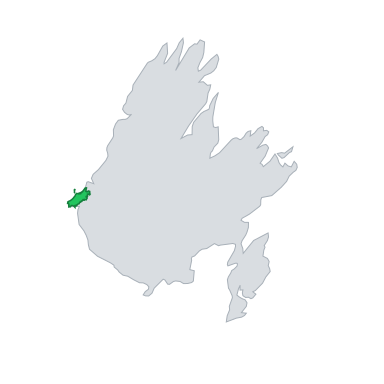 Rosslare Lea-5, Wexford, Ireland shown in context, rotated 136°
{"feature_id": "5873133B47995310482599", "entity_name": "Rosslare Lea-5", "entity_type": "district", "adm_level": 2, "iso_a3": "IRL", "parent_name": "Ireland", "parent_adm1": "Wexford", "projection": "equal_earth", "projection_center": [-6.602, 52.227], "detail": "fine", "context": "in_parent", "style": "filled", "palette": "green", "viewbox_px": 384, "rotation_deg": 136, "n_neighbors": 0, "source": "geoboundaries", "source_scale": "gbopen_adm2", "svg_char_len": 7606}
<svg xmlns="http://www.w3.org/2000/svg" viewBox="0 0 384 384"><g transform="rotate(136 192 192)"><path d="M244.5,83.9L236.4,87.9L235.2,89.4L232.9,95.6L232.6,97.4L227.5,104.3L224.7,105.7L220.4,106.8L218.0,107.9L214.9,107.3L211.1,107.4L209.2,108.7L209.2,109.6L210.4,110.7L217.5,113.9L217.0,115.2L215.0,116.7L202.2,120.4L198.4,122.7L197.1,124.2L198.4,126.6L208.5,134.1L210.2,134.9L211.7,139.3L220.7,141.1L224.4,143.8L227.6,144.5L234.5,144.2L237.2,145.3L238.8,144.5L239.7,143.1L247.5,137.7L245.1,133.8L252.9,127.0L255.1,127.1L258.7,129.2L261.7,132.0L262.7,135.9L265.5,139.3L267.4,140.5L272.3,141.2L273.5,142.6L272.6,147.6L273.3,149.3L286.0,149.1L291.1,147.0L295.4,147.3L297.6,149.6L298.6,151.9L294.8,152.8L290.9,152.3L288.9,153.8L288.8,156.8L290.2,160.5L292.8,163.2L294.9,169.3L296.7,176.0L299.4,180.1L300.0,185.1L299.6,187.6L300.1,192.1L299.0,193.6L299.9,197.8L304.6,211.4L305.5,222.0L303.2,226.0L300.2,229.8L298.2,234.3L296.7,239.2L295.8,247.0L289.1,256.2L286.3,258.5L283.0,259.9L290.2,266.4L284.3,269.3L277.9,270.2L270.8,268.6L266.4,268.8L260.8,272.1L259.5,271.5L256.9,266.2L254.9,271.7L250.8,273.4L243.8,273.1L232.1,274.5L227.6,276.1L225.7,278.5L224.3,281.3L222.4,283.0L220.4,283.9L211.3,286.0L209.5,286.8L205.3,291.4L199.8,294.0L195.2,294.8L191.2,292.2L189.5,290.6L187.7,289.8L181.5,289.9L183.4,290.7L184.7,292.6L185.2,296.2L184.5,299.7L181.4,301.5L177.7,301.9L171.9,305.5L164.3,306.5L160.1,309.9L134.7,315.7L133.3,315.7L129.8,314.3L126.0,313.6L122.2,314.1L111.6,317.3L106.5,316.6L113.2,308.7L122.0,304.7L123.0,303.6L120.1,303.0L103.4,305.8L97.5,308.2L91.7,308.9L94.5,305.3L102.1,300.3L108.6,297.0L111.4,294.1L119.4,290.8L93.9,297.6L87.2,296.8L85.7,294.9L80.5,295.8L78.7,291.2L86.5,284.2L91.0,281.3L96.4,279.6L101.5,277.3L103.5,274.5L101.1,273.6L85.8,274.3L78.5,273.7L79.0,271.5L80.4,269.0L88.1,264.7L92.2,264.1L95.8,264.5L102.2,267.0L110.8,266.2L107.3,263.5L106.8,258.0L104.1,256.1L107.7,253.6L111.7,252.0L118.5,246.8L120.9,246.0L134.2,244.7L148.5,241.9L162.7,238.1L155.5,236.0L152.1,233.2L146.4,238.9L142.3,241.0L131.0,242.2L127.4,241.6L122.4,239.8L120.8,240.5L119.3,241.8L111.7,244.6L103.8,245.3L113.1,240.2L124.9,231.5L127.6,228.8L131.3,224.0L130.2,221.9L127.9,220.7L136.5,211.0L139.5,209.2L144.9,209.0L148.8,207.4L150.6,207.4L152.1,206.8L155.7,203.9L150.4,202.1L144.9,201.1L127.8,202.1L125.6,201.9L123.5,201.0L122.1,199.7L121.2,196.4L119.9,195.7L116.1,195.7L112.3,196.7L109.6,196.6L107.1,195.2L111.3,191.8L106.0,191.0L100.5,191.7L96.1,190.6L96.0,188.5L98.1,186.4L95.4,184.4L95.0,181.9L97.8,180.7L100.9,181.1L107.3,179.2L115.4,178.3L108.5,176.5L105.8,174.9L105.7,172.5L106.3,170.5L114.4,167.0L123.0,165.4L122.4,163.2L123.1,160.7L114.5,160.0L105.9,161.7L106.9,157.0L109.0,152.7L109.5,149.9L109.2,146.9L105.1,148.2L104.8,144.0L103.1,141.1L97.2,143.1L97.4,139.2L99.2,136.6L102.3,135.4L105.4,135.9L111.1,135.9L116.6,133.9L124.5,133.4L137.1,134.0L145.7,139.6L147.9,138.6L151.5,135.1L153.1,134.7L166.1,136.2L174.2,138.3L176.4,137.6L175.3,133.7L172.5,130.9L176.1,127.3L180.4,124.9L183.3,123.7L189.8,122.2L192.7,120.7L194.7,116.1L197.8,112.3L181.3,114.3L165.7,109.7L168.2,106.5L171.5,104.7L177.3,103.3L177.8,101.6L180.7,100.3L185.5,96.6L183.9,91.8L184.8,88.4L188.3,86.1L189.4,82.9L191.0,80.5L197.9,79.6L204.6,77.4L214.9,77.1L217.6,78.0L217.0,74.1L221.8,73.6L223.7,74.3L224.5,77.1L226.7,78.9L227.4,82.0L225.9,84.4L223.4,86.2L225.6,88.1L222.1,91.5L225.9,90.0L231.3,86.7L231.0,84.0L230.1,80.6L228.7,77.5L229.4,74.1L232.4,72.0L240.3,70.9L237.1,67.1L240.0,66.7L243.2,67.5L247.8,70.5L257.6,74.7L252.7,78.5L246.8,81.1L244.5,83.9ZM104.2,158.6L103.9,160.4L100.2,158.1L98.4,155.6L88.0,154.4L92.4,151.9L94.5,152.7L101.9,152.8L103.9,153.8L104.2,158.6Z" fill="#d9dde1" stroke="#a8b0b8" stroke-width="1"/><path d="M273.4,259.9L273.1,260.1L272.7,260.2L272.4,260.2L272.2,260.4L271.7,260.4L271.5,260.6L271.6,260.8L271.4,261.0L271.5,261.2L271.5,261.3L271.6,261.6L271.6,262.1L271.4,262.2L271.1,262.2L270.9,262.3L270.4,261.9L270.4,261.7L270.1,261.5L269.8,261.8L269.7,262.0L269.5,262.3L269.4,262.4L269.2,262.5L268.9,262.8L268.9,262.7L268.6,262.7L268.4,262.5L268.4,262.3L268.2,262.2L267.1,261.7L266.9,261.9L266.5,262.0L266.3,262.3L266.5,262.6L266.3,262.7L265.9,262.8L265.7,262.8L265.4,263.1L265.4,263.3L265.3,263.5L265.2,263.6L265.3,263.8L265.4,264.0L265.5,264.2L265.6,264.4L265.6,264.5L266.0,264.6L266.1,264.8L266.3,264.8L266.5,264.8L266.9,264.9L266.9,265.0L267.0,265.1L267.3,265.1L267.7,265.1L267.8,265.1L268.0,265.0L267.9,265.1L267.7,265.1L267.5,265.3L267.6,265.6L267.8,265.8L267.9,266.3L267.4,266.5L267.0,266.9L266.5,267.4L266.2,267.5L266.0,267.9L266.0,268.1L266.1,268.5L265.9,268.5L265.9,268.4L265.7,268.5L265.5,268.4L265.5,268.2L265.6,267.9L265.3,268.1L265.2,268.1L265.0,268.3L265.3,268.6L265.2,268.6L265.7,268.8L266.0,268.9L266.0,269.0L266.3,269.1L267.0,269.0L267.2,268.9L267.5,268.8L267.6,268.7L267.8,268.5L268.2,268.6L268.6,268.7L269.1,268.5L269.5,268.4L269.8,268.4L270.2,268.3L270.4,268.2L270.6,268.3L270.9,268.3L271.0,268.3L271.6,268.2L271.9,268.4L272.0,268.4L272.1,268.5L272.6,268.4L272.9,268.5L273.2,268.5L273.1,268.4L273.0,268.5L272.9,268.4L273.1,268.3L273.0,268.2L273.1,267.9L272.9,267.6L273.0,267.7L273.1,267.8L273.3,268.0L273.3,268.3L273.4,268.6L273.4,268.9L273.5,268.9L273.8,269.0L274.0,268.9L274.4,269.0L274.2,269.2L273.8,269.2L273.5,269.1L273.3,269.0L272.9,268.7L272.5,268.6L272.3,268.6L271.8,268.5L271.5,268.4L270.8,268.3L270.4,268.3L270.2,268.4L269.9,268.4L271.0,268.5L271.8,268.7L272.9,269.0L273.6,269.4L274.9,270.0L275.6,270.5L276.1,271.0L276.2,271.3L276.4,271.3L276.5,271.4L276.4,271.3L276.5,271.2L276.6,271.3L276.5,271.2L277.0,271.0L277.3,271.0L277.5,271.0L277.9,270.9L278.3,270.7L279.0,270.4L279.5,270.3L280.4,270.3L281.5,270.1L282.2,270.0L283.8,270.1L285.3,270.3L286.4,270.6L286.9,270.9L287.9,271.0L288.0,271.1L288.4,271.1L288.5,270.9L288.5,270.6L288.7,270.4L288.8,270.4L288.8,270.2L289.2,270.1L289.0,269.9L289.1,269.7L288.9,269.6L288.8,269.4L288.9,269.2L289.2,269.0L289.2,268.6L289.4,268.4L289.9,268.1L290.2,267.8L290.2,267.7L290.3,267.6L290.2,267.6L290.3,267.5L290.3,267.3L290.3,267.2L290.5,267.0L290.8,266.8L290.6,266.7L290.3,266.5L290.2,266.5L290.0,266.3L289.8,266.1L289.7,265.8L289.5,265.7L289.7,265.8L289.5,266.0L289.4,265.9L288.8,266.0L289.0,266.0L288.9,266.0L289.0,266.0L288.8,266.0L288.6,266.0L288.2,266.1L287.7,265.7L287.2,265.0L286.9,264.3L286.9,264.2L286.8,263.2L286.9,262.9L286.8,262.7L286.9,262.4L287.0,262.4L286.9,262.4L286.9,262.2L286.8,262.3L286.8,262.5L286.5,262.6L286.4,262.7L286.4,262.9L286.4,263.1L286.3,263.6L286.2,263.7L285.8,263.7L285.5,263.4L285.4,263.4L285.5,263.1L285.5,263.4L285.5,263.1L285.9,263.1L285.6,263.0L285.6,262.9L285.1,262.6L284.8,262.5L284.7,262.4L283.9,262.4L283.9,262.5L283.8,262.8L283.5,262.8L283.2,262.7L282.7,262.6L282.3,262.5L281.6,262.0L281.3,262.0L281.1,262.2L280.5,262.4L280.0,262.3L279.5,262.2L279.5,262.3L279.3,262.2L278.9,262.1L278.6,262.2L278.6,262.3L278.4,262.2L278.2,262.0L277.8,261.8L277.3,262.2L277.0,262.0L276.8,262.0L276.7,262.0L276.6,261.9L276.4,261.9L276.2,261.9L275.8,262.2L275.6,262.2L275.4,262.0L275.4,261.6L274.9,261.5L275.1,261.2L275.3,261.0L275.2,260.9L274.9,260.9L274.6,260.9L274.3,260.8L274.1,260.6L273.9,260.4L273.5,260.1L273.5,259.9L273.4,259.9ZM274.7,274.9L274.6,275.2L274.6,275.3L274.9,275.4L275.0,275.3L274.9,275.1L275.0,275.1L275.2,274.9L275.3,274.9L275.5,274.9L275.6,274.7L275.3,274.7L275.2,274.7L274.7,274.9ZM267.1,261.7L267.3,261.4L267.4,261.1L266.9,261.2L267.0,261.4L266.9,261.6L267.1,261.7ZM276.3,273.8L276.4,273.7L276.4,273.8L276.5,273.8L276.7,273.7L276.8,273.5L276.8,273.4L276.8,273.2L276.6,273.3L276.3,273.7L276.3,273.8ZM273.8,269.1L273.7,269.0L273.8,269.1Z" fill="#22c55e" stroke="#15803d" stroke-width="1.5"/></g></svg>